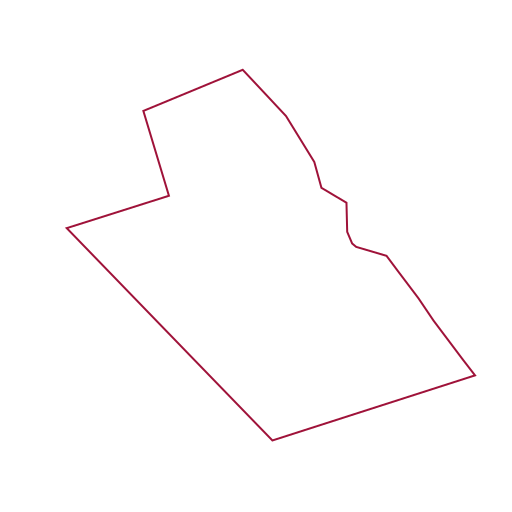 the district of Qasima, Shamal Sina', Egypt, rotated 342°
{"feature_id": "37247803B24800496222401", "entity_name": "Qasima", "entity_type": "district", "adm_level": 2, "iso_a3": "EGY", "parent_name": "Egypt", "parent_adm1": "Shamal Sina'", "projection": "orthographic", "projection_center": [34.453, 30.447], "detail": "fine", "context": "isolated", "style": "outline", "palette": "rose", "viewbox_px": 512, "rotation_deg": 342, "n_neighbors": 0, "source": "geoboundaries", "source_scale": "gbopen_adm2", "svg_char_len": 414}
<svg xmlns="http://www.w3.org/2000/svg" viewBox="0 0 512 512"><g transform="rotate(342 256 256)"><path d="M162.6,330.4L214.6,436.5L427.4,437.2L420.8,418.7L404.9,372.4L397.4,346.3L386.3,314.2L380.2,296.2L354.1,278.3L351.3,273.8L350.2,261.2L358.5,233.3L339.3,211.4L340.5,184.6L327.8,132.2L308.8,91.6L300.9,74.8L193.7,83.2L191.8,171.8L84.6,171.0L162.6,330.4Z" fill="none" stroke="#9f1239" stroke-width="2"/></g></svg>